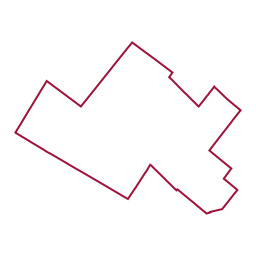 Traian, Ialomita, Romania (Mercator projection)
{"feature_id": "2599482B49143714613068", "entity_name": "Traian", "entity_type": "district", "adm_level": 2, "iso_a3": "ROU", "parent_name": "Romania", "parent_adm1": "Ialomita", "projection": "mercator", "projection_center": [27.361, 44.765], "detail": "fine", "context": "isolated", "style": "outline", "palette": "rose", "viewbox_px": 256, "rotation_deg": 0, "n_neighbors": 0, "source": "geoboundaries", "source_scale": "gbopen_adm2", "svg_char_len": 2103}
<svg xmlns="http://www.w3.org/2000/svg" viewBox="0 0 256 256"><path d="M240.6,110.3L240.5,110.1L240.4,110.1L240.2,109.9L238.0,108.1L234.0,104.8L231.6,102.8L227.7,99.6L221.2,93.4L219.4,91.6L214.7,87.2L214.3,86.6L212.2,89.3L210.0,92.1L209.7,92.5L209.4,92.9L208.7,93.8L208.1,94.7L207.3,95.6L206.2,96.9L204.0,99.8L201.3,103.2L198.7,106.5L198.0,105.9L197.3,105.3L196.8,104.7L195.5,103.4L194.9,102.8L194.0,101.9L193.2,101.1L192.5,100.4L191.7,99.7L190.4,98.3L189.0,97.0L187.7,95.6L186.3,94.2L184.7,92.8L183.2,91.3L182.1,90.1L180.9,88.9L179.9,87.9L178.8,86.9L178.3,86.3L177.7,85.7L176.6,84.5L174.4,82.3L172.2,80.1L170.7,78.6L169.7,77.6L169.2,77.2L172.5,72.5L172.2,72.3L170.4,71.0L168.7,69.6L167.6,68.9L164.3,66.3L162.0,64.6L149.7,55.4L148.8,54.8L147.6,53.9L146.6,53.2L146.1,52.8L145.2,52.2L142.5,50.1L140.4,48.6L137.6,46.5L132.9,43.0L132.2,42.5L126.3,49.6L126.1,50.0L125.4,50.9L124.9,51.4L124.4,52.0L124.1,52.4L114.4,64.5L102.5,79.5L87.8,97.9L83.2,103.6L80.9,106.5L59.2,90.3L46.7,81.0L34.6,100.9L34.6,101.0L28.7,110.6L24.2,118.1L22.2,121.4L22.2,121.5L16.9,130.1L16.1,131.4L16.1,131.5L15.6,132.3L15.4,132.6L16.6,133.4L43.9,149.9L46.1,151.3L48.6,152.8L49.6,153.2L61.1,159.9L73.8,167.4L88.4,175.8L88.7,176.0L96.8,180.7L117.5,192.9L127.9,199.0L134.7,188.9L135.5,187.8L138.1,183.7L138.8,182.7L139.0,182.4L139.1,182.2L139.4,181.7L142.4,177.1L144.2,174.3L144.5,173.8L145.0,173.1L145.4,172.5L145.6,172.3L145.8,172.1L150.2,164.8L151.1,165.4L155.4,169.7L159.2,173.4L163.5,177.6L168.9,183.0L174.2,188.2L176.4,190.3L177.3,189.3L179.2,190.8L179.3,190.9L185.1,195.7L194.9,203.8L202.7,210.3L206.3,213.3L206.6,213.5L210.4,212.4L210.3,212.1L210.2,211.9L212.4,211.4L215.4,210.7L219.1,209.8L221.6,209.3L222.2,209.1L222.3,208.9L224.5,206.2L225.6,204.8L226.3,203.9L231.3,197.6L234.1,194.0L237.4,190.0L233.4,186.6L225.3,179.9L223.8,178.7L231.3,168.5L217.4,157.1L210.6,151.5L209.4,150.5L212.7,146.1L216.1,141.7L217.2,140.3L219.5,137.3L221.9,134.2L224.8,130.5L228.5,125.8L232.1,121.1L232.6,120.3L235.8,116.3L238.9,112.4L239.1,112.1L240.3,110.5L240.5,110.5L240.6,110.3L240.6,110.3Z" fill="none" stroke="#9f1239" stroke-width="2"/></svg>